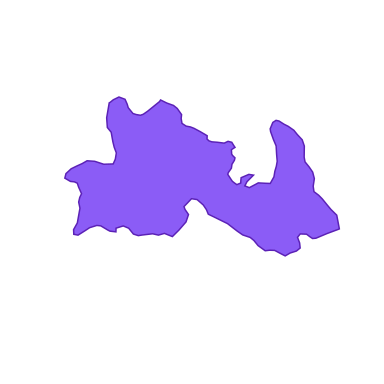 Pohang-si, North Gyeongsang, South Korea, rotated 321°
{"feature_id": "91817680B48442195707238", "entity_name": "Pohang-si", "entity_type": "district", "adm_level": 2, "iso_a3": "KOR", "parent_name": "South Korea", "parent_adm1": "North Gyeongsang", "projection": "orthographic", "projection_center": [129.325, 36.079], "detail": "fine", "context": "isolated", "style": "filled", "palette": "violet", "viewbox_px": 384, "rotation_deg": 321, "n_neighbors": 0, "source": "geoboundaries", "source_scale": "gbopen_adm2", "svg_char_len": 2242}
<svg xmlns="http://www.w3.org/2000/svg" viewBox="0 0 384 384"><g transform="rotate(321 192 192)"><path d="M183.8,70.6L172.4,80.6L166.8,88.6L166.8,94.7L162.1,103.2L159.7,108.3L157.8,114.0L153.1,118.2L148.4,120.6L140.9,114.9L135.7,106.9L130.1,101.7L124.5,100.8L118.8,99.3L112.7,97.9L105.6,98.4L101.9,101.2L104.2,107.3L107.0,110.1L108.4,113.0L107.0,116.7L105.1,123.8L101.3,125.6L97.6,128.5L94.7,134.1L83.4,143.9L76.3,146.7L73.5,150.5L74.1,151.2L76.3,153.8L84.8,154.8L90.0,155.3L97.0,158.1L99.8,160.9L102.6,168.5L103.6,170.8L107.8,175.1L110.2,172.3L117.2,175.1L120.0,180.3L120.0,187.8L122.8,192.1L126.1,194.0L135.1,199.7L138.8,204.4L144.5,206.8L148.7,214.3L157.7,213.4L168.5,211.5L175.1,207.3L175.6,201.1L176.6,198.3L187.4,196.9L191.2,201.1L192.6,209.2L192.1,214.8L190.7,219.5L199.7,238.9L202.5,250.7L204.4,257.3L208.6,263.9L209.6,268.6L209.6,275.2L211.9,283.7L215.7,286.1L219.5,289.4L222.3,296.0L224.2,300.3L229.9,301.2L236.0,303.6L240.8,303.6L243.6,299.3L245.5,293.6L249.7,292.7L254.5,296.9L255.4,300.7L256.4,304.0L259.2,305.9L270.6,309.2L282.8,313.3L283.3,313.4L289.9,301.1L289.0,293.1L288.9,287.0L288.9,279.4L288.4,274.2L287.0,268.5L289.8,263.8L295.5,258.6L298.3,252.5L298.8,246.3L298.8,239.7L301.1,235.5L308.2,227.0L310.5,220.8L310.0,213.7L310.0,208.1L308.1,201.5L306.2,197.3L304.3,191.6L302.4,189.2L298.6,188.8L292.5,192.1L291.1,194.5L288.3,202.5L286.4,209.1L281.3,216.2L277.5,221.8L273.7,225.1L269.5,228.0L265.2,231.8L258.2,234.6L254.4,231.3L249.2,226.6L246.4,226.1L239.3,224.7L236.9,220.5L241.2,218.6L250.4,217.6L247.3,214.1L239.2,211.8L237.1,213.9L235.5,215.7L231.5,214.5L230.7,211.8L230.1,209.1L230.3,206.6L230.9,200.8L232.0,200.0L233.0,199.6L237.6,198.3L240.5,195.6L242.3,195.0L245.0,194.0L246.9,192.5L246.5,189.0L246.7,187.5L249.2,184.0L250.0,184.0L253.5,184.4L253.8,181.3L254.2,178.4L251.9,175.3L247.8,174.3L243.0,169.3L239.0,165.5L237.4,163.0L237.0,160.3L239.2,157.8L236.4,150.3L233.6,143.7L231.7,140.4L228.9,137.1L227.4,132.4L229.8,128.1L232.6,125.3L233.1,117.8L232.1,113.1L228.4,107.0L225.5,100.7L223.7,101.3L214.7,101.3L208.2,101.3L203.0,100.9L200.2,99.9L197.3,96.6L195.5,93.8L195.5,86.3L196.9,83.0L198.3,77.8L195.0,72.2L188.9,70.8L187.0,70.8L184.7,70.8L183.8,70.6Z" fill="#8b5cf6" stroke="#5b21b6" stroke-width="1.5"/></g></svg>